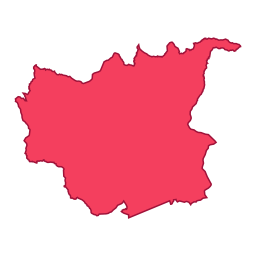 Silvia, Cauca, Colombia (Albers equal-area conic projection)
{"feature_id": "7082276B59383263331081", "entity_name": "Silvia", "entity_type": "district", "adm_level": 2, "iso_a3": "COL", "parent_name": "Colombia", "parent_adm1": "Cauca", "projection": "albers", "projection_center": [-76.334, 2.654], "detail": "fine", "context": "isolated", "style": "filled", "palette": "rose", "viewbox_px": 256, "rotation_deg": 0, "n_neighbors": 0, "source": "geoboundaries", "source_scale": "gbopen_adm2", "svg_char_len": 5638}
<svg xmlns="http://www.w3.org/2000/svg" viewBox="0 0 256 256"><path d="M28.0,159.5L29.2,160.3L29.4,161.3L29.9,161.7L31.2,161.5L32.2,161.8L32.5,161.4L36.5,163.0L37.0,162.8L36.7,161.7L37.1,161.1L39.6,161.1L40.6,160.7L42.2,161.1L43.1,160.6L43.4,159.9L44.0,159.9L44.2,160.8L45.3,161.5L45.9,161.4L46.8,162.1L47.8,162.4L49.3,162.3L50.2,162.0L51.1,162.3L51.9,162.1L52.9,162.5L53.9,162.3L54.4,163.5L56.0,163.8L56.1,164.9L57.4,166.2L58.7,166.7L61.5,166.7L63.4,168.0L64.1,169.1L63.5,170.0L63.8,176.2L65.5,178.0L65.1,179.8L65.1,180.8L65.6,182.7L65.4,185.6L64.2,185.9L64.1,186.1L64.4,186.8L65.9,187.1L68.1,189.9L68.1,191.4L68.4,191.9L68.5,192.8L69.3,194.6L70.0,195.0L70.5,195.9L70.6,197.9L71.2,198.2L72.2,198.0L74.1,199.1L75.7,199.1L76.2,198.8L76.5,197.9L77.4,197.4L78.0,198.0L82.3,199.9L84.4,201.7L85.2,203.2L86.9,204.5L87.0,205.5L87.5,206.0L88.0,206.0L89.1,207.1L89.6,208.3L90.2,208.5L91.2,210.9L91.0,212.0L91.5,213.1L94.2,214.6L95.5,214.7L96.8,215.7L98.2,215.4L99.2,214.1L106.0,213.8L108.1,213.4L109.9,212.3L111.4,211.9L113.2,210.0L115.9,207.9L117.6,205.3L121.5,203.6L122.6,202.7L123.7,201.0L126.0,204.5L127.0,206.7L126.9,208.3L126.5,209.2L125.7,208.7L124.9,209.5L124.0,209.4L122.3,210.2L122.2,211.1L121.4,211.4L121.9,212.0L123.9,213.2L128.6,214.8L128.7,217.8L169.7,200.8L170.7,204.2L171.5,204.1L172.1,203.6L172.8,202.0L173.6,201.1L173.6,199.8L176.0,199.5L176.0,200.1L177.4,201.9L179.5,200.9L184.4,202.2L186.1,201.5L186.9,201.5L189.0,202.3L190.7,204.7L191.3,203.5L193.9,201.9L196.2,201.9L196.5,201.1L198.0,200.5L200.6,200.1L203.0,198.2L206.8,197.6L204.8,194.7L204.4,191.0L205.1,190.0L208.4,188.1L210.1,186.5L211.0,185.2L211.2,184.1L207.2,176.7L205.1,171.5L202.2,168.6L202.3,167.0L203.5,163.2L203.0,160.3L203.2,158.6L205.2,154.6L206.4,150.4L208.2,148.3L208.5,145.8L210.1,144.8L213.7,144.1L216.1,142.4L215.1,141.1L208.4,134.6L205.4,134.2L201.0,132.6L198.1,132.4L196.0,131.4L194.0,129.9L190.9,129.2L189.5,127.8L187.7,124.3L188.3,122.7L190.3,120.5L191.1,118.6L191.1,117.2L190.1,114.2L190.3,111.3L191.9,109.0L192.5,107.0L196.1,103.6L197.0,100.9L197.5,100.3L197.4,99.1L200.0,95.2L201.3,94.1L202.0,92.4L202.7,91.6L202.5,91.2L203.0,90.5L203.2,89.2L203.8,88.7L204.6,84.8L204.4,83.6L204.4,81.5L204.0,80.4L204.0,78.9L204.3,78.5L204.1,77.0L203.6,76.8L203.7,76.2L203.3,76.0L203.5,75.3L203.2,75.0L204.1,73.4L203.9,71.9L204.3,71.3L204.3,70.7L205.0,69.9L205.4,68.9L206.5,68.1L206.6,67.1L206.0,65.3L206.5,64.6L206.7,63.1L207.4,63.1L206.7,62.2L206.8,61.5L206.5,60.9L207.1,60.5L207.4,59.1L208.9,58.6L208.5,57.3L209.0,56.9L209.6,56.9L210.5,51.4L212.0,50.0L213.3,47.7L214.8,47.8L216.1,47.2L218.8,48.6L220.1,48.6L220.6,48.1L222.7,47.9L224.1,48.5L224.9,49.6L226.9,50.0L228.5,50.9L229.2,50.9L230.3,50.2L231.2,50.4L232.4,50.0L233.2,50.2L234.2,51.2L235.7,50.7L236.3,49.4L237.4,49.0L239.5,46.9L240.6,46.6L240.5,46.0L238.9,44.4L238.1,44.4L236.3,43.6L233.6,43.6L232.4,42.8L231.5,43.0L229.7,42.4L228.3,41.0L228.2,40.4L225.6,39.1L222.7,40.0L220.8,39.9L218.8,40.2L216.6,39.0L215.8,39.3L214.8,38.5L213.5,38.2L211.6,38.9L208.6,38.2L207.2,39.1L206.0,39.0L205.8,38.3L204.7,38.3L203.8,38.8L203.7,39.5L202.5,39.6L201.6,40.5L201.6,41.0L200.6,41.3L200.0,42.2L198.7,42.5L197.0,43.4L195.8,42.8L193.6,43.4L193.8,43.9L194.5,44.0L194.5,44.5L194.2,45.0L194.4,45.9L193.5,48.3L192.8,49.2L191.8,49.4L191.3,49.9L190.9,49.7L189.9,50.5L189.0,49.3L188.5,49.4L186.9,48.7L186.2,49.0L186.0,51.1L184.2,52.7L183.6,52.9L183.4,53.5L181.8,53.6L181.3,53.2L179.7,53.8L178.9,52.4L179.4,51.6L178.0,48.3L175.0,46.5L174.0,44.3L172.4,42.3L171.3,42.2L169.7,42.8L167.2,45.8L167.0,46.2L167.4,50.9L165.8,52.8L165.7,53.5L164.9,53.8L164.6,54.9L162.0,57.0L161.0,56.4L160.1,56.8L159.1,56.4L158.4,56.6L157.8,56.1L157.5,56.7L156.9,56.5L155.6,56.8L153.4,56.3L151.9,56.8L151.1,56.4L150.1,56.2L147.8,54.9L146.8,53.9L144.4,52.8L141.7,50.8L141.3,50.2L140.3,49.8L139.2,47.3L138.7,44.8L137.1,47.0L137.1,47.9L138.2,49.5L137.2,52.2L136.6,52.7L136.9,53.3L136.5,53.7L136.8,54.1L136.3,55.0L136.5,55.7L135.8,55.9L135.6,56.7L134.8,57.2L134.6,58.2L134.1,58.4L134.6,60.1L134.0,60.3L133.8,61.5L134.2,62.1L134.2,63.0L134.9,63.2L134.9,63.4L134.6,64.4L134.2,64.8L134.3,65.4L133.8,66.0L132.2,65.6L131.8,65.2L129.4,64.8L128.8,64.3L127.2,65.4L125.4,65.2L124.2,64.6L123.9,64.2L123.7,62.4L122.3,60.5L122.0,59.5L121.2,59.1L119.8,56.4L119.3,55.9L119.0,54.6L117.9,53.8L115.0,52.9L114.1,53.4L112.3,57.2L110.9,57.9L108.3,60.2L106.7,60.4L104.1,61.8L100.7,70.1L99.9,71.1L98.5,71.8L94.2,73.1L92.5,74.4L92.2,78.7L91.5,79.6L89.5,81.3L83.6,83.5L82.2,83.2L81.3,82.0L80.2,81.4L78.8,81.1L76.8,81.2L74.9,80.4L71.6,78.2L69.8,76.4L68.1,76.8L66.4,75.7L62.9,75.1L61.7,74.4L60.4,74.7L59.7,74.1L58.2,74.8L56.8,74.5L54.7,72.1L54.5,71.2L53.4,71.6L52.2,71.4L51.5,70.3L49.7,69.8L49.4,69.3L48.2,69.7L47.7,69.3L46.5,69.4L45.6,70.0L45.3,69.0L44.6,68.5L43.6,69.2L43.2,68.9L42.7,69.2L40.5,69.3L36.1,65.9L36.4,64.2L36.3,64.7L34.6,65.9L34.4,66.6L33.7,67.0L33.7,68.6L34.7,69.9L34.7,71.9L34.1,72.9L34.5,73.3L34.2,73.8L34.4,75.6L35.0,78.1L32.8,79.4L32.3,81.2L31.3,81.6L30.5,83.7L29.5,84.0L29.5,85.7L28.9,86.5L29.3,87.1L28.9,87.8L29.4,88.5L29.0,88.9L30.1,90.6L28.5,92.9L28.3,93.7L27.2,94.5L25.5,93.5L23.2,93.2L24.9,95.6L24.8,96.2L25.6,97.5L25.7,98.7L26.5,100.8L25.1,100.7L23.4,98.3L21.6,98.5L20.9,98.0L20.4,97.2L19.2,96.8L18.2,96.7L15.4,99.0L15.8,99.9L15.5,101.4L17.3,102.5L18.3,104.8L18.5,106.4L20.5,109.2L20.9,112.5L21.9,115.0L22.1,117.7L23.0,120.5L24.3,121.3L25.6,122.5L26.2,123.6L27.2,124.3L28.4,126.2L28.6,128.4L29.6,129.1L30.0,129.8L29.3,135.2L28.6,136.0L25.7,137.9L24.1,140.7L26.5,143.4L26.8,144.2L26.9,145.5L25.9,148.3L26.2,150.0L25.1,153.4L26.0,153.6L26.2,154.9L27.0,155.9L26.7,156.9L26.9,158.3L27.8,158.9L28.0,159.5Z" fill="#f43f5e" stroke="#9f1239" stroke-width="1.5"/></svg>